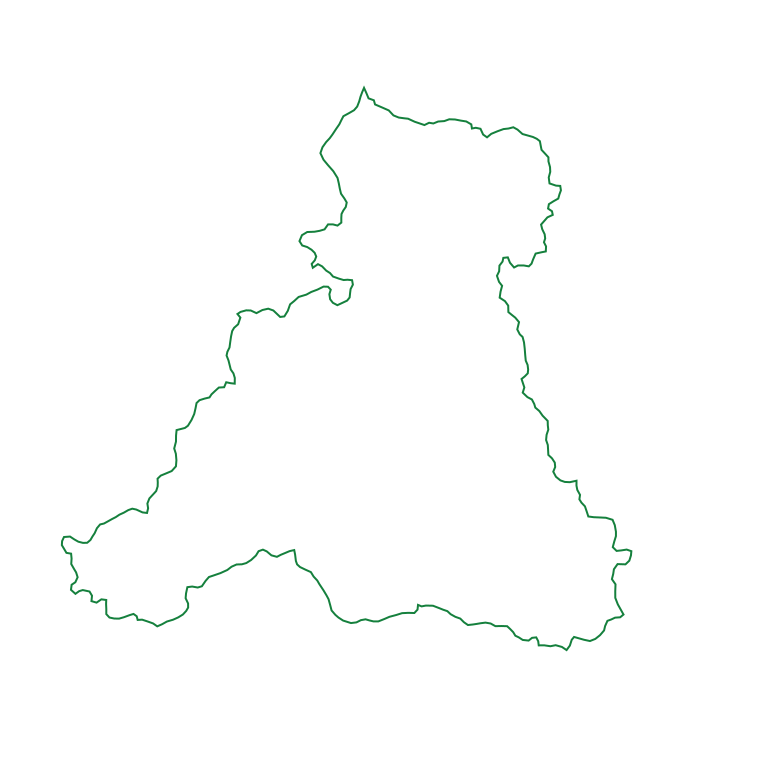 the district of Potiraguá, Bahia, Brazil, rotated 282°
{"feature_id": "56859067B74101870716105", "entity_name": "Potiraguá", "entity_type": "district", "adm_level": 2, "iso_a3": "BRA", "parent_name": "Brazil", "parent_adm1": "Bahia", "projection": "albers", "projection_center": [-39.772, -15.676], "detail": "fine", "context": "isolated", "style": "outline", "palette": "green", "viewbox_px": 768, "rotation_deg": 282, "n_neighbors": 0, "source": "geoboundaries", "source_scale": "gbopen_adm2", "svg_char_len": 5826}
<svg xmlns="http://www.w3.org/2000/svg" viewBox="0 0 768 768"><g transform="rotate(282 384 384)"><path d="M586.6,283.5L581.6,290.2L575.9,295.7L570.8,298.1L565.8,300.2L561.2,302.4L557.2,306.7L553.8,309.8L549.2,309.8L545.2,308.1L541.4,307.1L537.6,307.7L533.0,308.7L529.3,305.6L529.5,300.9L528.5,296.1L522.9,293.7L520.5,289.3L518.5,284.4L516.7,277.3L512.5,272.8L506.2,271.6L502.5,275.2L502.0,280.4L500.2,285.3L497.9,288.9L494.6,291.2L490.6,290.6L486.4,288.3L482.9,290.2L487.5,294.5L486.2,299.0L482.9,303.9L481.3,308.1L478.5,311.8L477.7,317.9L477.3,322.9L478.4,326.6L478.9,331.2L474.7,332.9L469.9,331.6L466.2,331.9L461.5,332.4L457.9,330.6L454.4,326.0L451.4,322.0L452.8,317.1L455.7,313.7L460.5,311.9L465.2,312.3L467.5,309.0L466.7,304.6L462.5,299.3L458.9,293.7L455.3,289.5L451.4,282.4L446.5,278.9L442.4,275.6L435.6,274.7L429.4,272.5L428.0,268.5L430.2,264.9L432.9,260.5L433.6,255.1L431.1,249.7L426.8,244.5L428.2,238.4L427.4,233.9L424.7,228.7L422.0,226.1L419.1,229.7L412.1,228.9L407.8,225.7L404.2,224.5L398.8,224.5L392.6,224.9L387.6,225.3L382.9,224.1L379.1,224.1L374.7,227.0L370.6,229.0L366.3,231.1L363.1,234.5L358.9,236.8L353.3,237.9L352.9,233.8L352.9,229.3L347.6,228.3L346.2,223.2L342.2,220.3L338.0,217.4L334.6,216.1L332.4,211.5L329.8,206.9L326.4,204.6L321.0,204.7L315.2,204.6L308.8,203.2L302.4,200.9L299.6,198.4L295.8,190.7L290.4,191.3L284.4,192.5L277.3,192.2L272.5,194.9L266.3,196.8L260.2,197.6L254.7,194.4L250.8,188.8L248.0,184.7L244.3,182.2L240.6,183.2L236.7,183.9L231.9,183.4L227.0,180.5L223.3,178.3L217.9,177.4L213.4,179.1L208.6,179.0L208.2,174.5L209.7,167.8L209.7,163.7L207.5,160.1L204.0,156.2L201.2,152.4L198.0,149.3L195.4,146.1L192.5,142.8L189.3,139.1L187.6,135.5L183.3,133.2L177.9,132.0L174.1,130.5L170.4,129.3L167.0,126.7L166.0,122.6L166.2,117.8L167.6,113.4L169.5,108.6L167.8,102.8L163.4,101.8L159.4,102.4L156.5,105.1L152.8,108.5L153.0,113.2L148.3,114.7L142.9,115.5L138.5,119.4L135.7,122.0L131.3,124.5L125.9,123.3L122.7,120.2L117.6,120.6L114.6,125.8L118.0,128.9L119.8,132.2L119.8,139.1L116.2,142.4L110.8,143.0L110.4,148.3L114.6,152.3L115.0,157.2L111.0,157.9L106.0,159.2L101.2,160.2L98.5,164.0L98.5,168.8L99.4,173.6L101.8,178.1L105.2,183.5L107.0,186.8L105.4,190.4L102.0,192.1L103.2,196.4L102.6,201.9L101.8,207.9L99.8,212.6L102.9,216.9L106.5,221.0L109.6,226.7L112.9,231.2L116.7,235.2L120.9,237.7L124.6,238.9L128.6,238.0L133.2,234.5L138.0,233.9L144.4,233.9L146.0,238.5L146.2,244.1L148.3,247.9L154.3,250.4L158.8,252.9L161.4,257.3L165.0,263.3L169.5,269.4L173.6,272.9L176.8,277.3L178.1,282.5L180.2,286.5L184.2,290.6L189.6,294.4L194.4,296.1L196.8,300.0L195.9,304.1L193.0,309.5L192.7,315.2L195.5,318.6L197.9,322.1L200.9,326.4L202.9,330.7L198.7,332.5L192.6,334.6L189.5,336.5L187.5,339.9L186.1,345.6L184.8,351.6L181.0,355.2L177.9,359.6L174.8,362.4L169.6,367.7L165.3,371.7L162.0,374.5L156.6,377.3L151.6,379.8L148.1,384.4L146.1,388.0L144.1,393.2L143.3,401.4L145.1,406.6L148.2,410.5L150.0,414.9L149.7,419.2L149.6,423.2L150.6,427.8L154.2,433.2L157.4,437.7L160.6,444.0L163.6,449.3L165.2,455.3L166.3,461.3L170.3,463.7L175.0,463.2L174.3,467.0L176.0,471.1L177.3,478.0L176.3,484.3L175.5,488.9L175.0,493.2L172.7,497.0L171.1,502.2L170.4,507.4L167.6,511.7L165.7,516.2L167.2,520.8L168.5,524.3L170.1,528.3L171.7,532.9L171.9,538.1L170.3,543.3L171.7,549.3L172.7,554.8L170.6,558.3L168.1,562.0L165.1,564.8L164.2,568.5L162.5,572.9L163.1,578.8L166.5,581.6L167.8,585.6L164.5,588.3L160.5,589.7L161.7,595.0L162.1,601.3L164.2,606.2L163.8,612.7L161.7,617.9L166.8,620.2L172.8,620.8L176.1,622.5L175.8,626.9L175.4,632.9L175.4,638.9L178.6,643.7L183.2,647.5L188.7,650.5L193.2,650.6L198.8,651.8L200.9,655.2L203.5,658.6L204.9,663.5L208.3,666.2L212.3,662.7L217.1,658.5L222.9,654.7L229.3,653.3L236.2,652.1L240.5,647.5L245.9,647.7L250.6,647.4L256.4,649.9L257.8,657.7L262.2,660.7L267.7,661.2L271.9,660.7L272.5,655.8L270.6,650.8L269.1,646.2L272.0,641.7L277.9,642.0L283.4,642.5L287.7,641.6L293.9,639.1L298.7,635.8L299.3,628.9L298.4,623.3L297.3,616.8L296.9,611.4L300.9,609.1L306.1,606.0L309.0,601.8L311.8,599.1L316.3,598.8L320.6,595.1L324.6,593.4L329.4,592.4L326.6,586.2L325.8,581.2L326.4,576.6L329.0,571.5L333.4,567.8L338.4,568.7L342.6,567.4L346.2,563.8L348.8,559.5L353.7,558.2L358.4,556.9L362.9,554.2L368.1,553.6L373.5,554.2L377.7,552.8L381.9,551.8L386.0,545.7L389.8,541.6L392.4,536.9L395.7,535.1L399.6,531.9L401.0,527.0L404.4,521.5L409.8,522.0L413.9,519.6L417.5,517.5L420.7,520.1L424.3,522.4L428.1,522.0L432.5,520.5L436.3,517.8L441.7,516.1L447.8,514.3L453.8,512.3L458.8,509.8L460.8,506.5L465.1,503.0L472.6,503.2L476.2,498.6L478.2,494.6L480.2,490.7L486.5,489.2L490.2,485.1L492.5,479.2L498.5,478.8L504.6,479.1L507.8,475.3L513.3,472.0L518.2,473.2L523.8,472.3L528.4,474.5L532.2,474.5L533.6,478.8L528.8,482.0L525.0,487.0L527.8,490.4L529.0,496.0L529.2,501.2L532.4,503.3L536.7,503.9L543.1,505.2L545.7,510.9L547.3,514.7L552.3,513.9L555.9,511.0L559.9,511.4L563.9,510.0L568.3,506.6L572.6,504.5L576.0,506.4L581.0,509.2L584.5,513.9L587.9,512.4L589.7,508.0L594.2,507.9L598.0,511.8L601.6,515.9L606.1,516.2L610.2,516.8L614.4,515.2L613.8,511.0L614.6,504.2L620.3,502.2L626.1,502.5L630.7,501.3L635.9,498.6L639.9,497.7L642.5,494.1L645.8,489.4L649.8,487.7L653.9,486.0L655.6,482.5L656.6,478.3L657.0,472.3L657.3,467.5L660.6,461.7L662.0,457.1L659.8,452.7L658.2,447.9L654.9,442.6L651.0,436.9L646.7,433.5L648.6,429.1L653.7,425.3L653.7,420.5L652.2,416.9L656.1,415.4L657.9,409.9L657.6,404.3L657.5,398.5L656.5,392.8L653.7,388.3L652.0,382.4L649.1,378.1L648.9,373.8L645.7,369.7L646.3,364.7L646.9,359.5L648.5,352.4L648.1,348.5L647.7,343.0L648.7,337.4L652.6,331.8L654.2,324.1L655.6,317.1L659.4,315.1L660.2,309.5L665.0,306.2L669.5,302.9L665.0,302.0L660.2,301.3L655.4,301.0L649.8,300.1L645.6,297.8L641.8,293.6L637.5,288.6L633.1,287.4L628.7,286.3L623.7,284.2L617.3,281.7L613.1,279.8L608.6,277.1L602.8,274.6L596.6,273.8L590.8,278.2L586.6,283.5Z" fill="none" stroke="#15803d" stroke-width="2"/></g></svg>